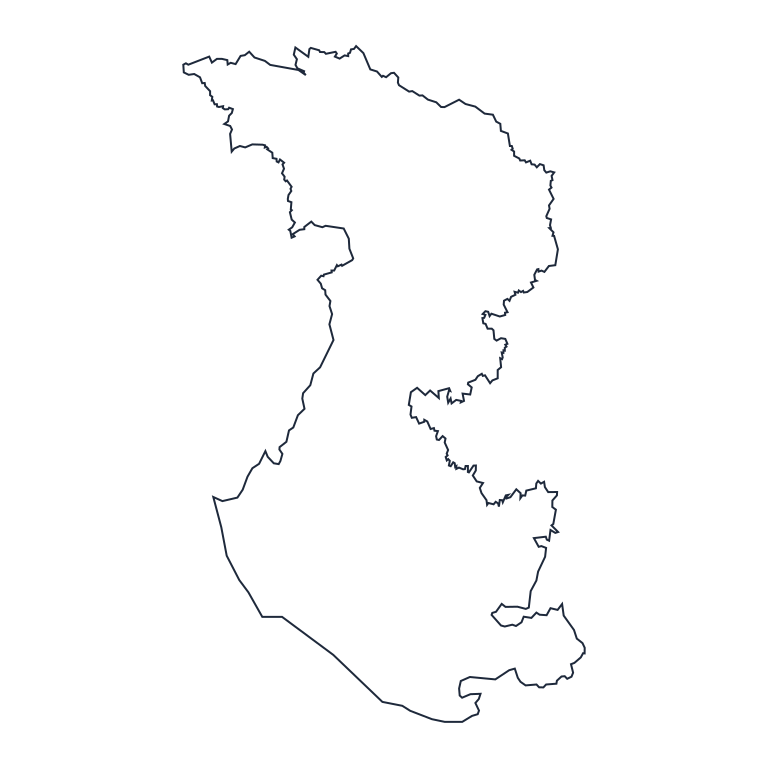 North East Gonja, Northern, Ghana (Robinson projection)
{"feature_id": "2480657B30922977157044", "entity_name": "North East Gonja", "entity_type": "district", "adm_level": 2, "iso_a3": "GHA", "parent_name": "Ghana", "parent_adm1": "Northern", "projection": "robinson", "projection_center": [-0.531, 8.741], "detail": "fine", "context": "isolated", "style": "outline", "palette": "slate", "viewbox_px": 768, "rotation_deg": 0, "n_neighbors": 0, "source": "geoboundaries", "source_scale": "gbopen_adm2", "svg_char_len": 6056}
<svg xmlns="http://www.w3.org/2000/svg" viewBox="0 0 768 768"><path d="M554.2,172.4L550.3,171.3L546.3,172.6L544.3,170.2L543.6,165.3L539.9,164.1L536.8,167.3L534.6,164.6L531.6,164.3L530.2,160.7L526.0,162.4L524.7,160.3L520.2,160.5L519.3,158.5L514.1,155.8L514.1,151.5L511.5,149.8L512.7,148.7L511.8,146.0L509.9,146.0L507.9,133.5L500.9,130.9L500.3,123.8L496.2,121.6L492.9,114.7L484.6,113.6L475.3,106.6L465.5,104.0L459.1,99.7L444.5,107.1L441.1,107.0L436.3,102.3L427.9,99.6L422.5,95.4L419.4,95.6L412.3,91.1L409.1,91.6L399.0,85.2L397.9,82.6L398.3,77.5L394.0,72.8L391.0,73.2L386.1,77.2L383.0,75.8L381.8,76.9L377.0,71.5L370.3,69.4L363.4,53.1L356.1,46.1L354.0,48.9L351.0,49.4L350.0,52.8L348.2,53.5L348.2,56.1L344.6,55.4L339.6,58.6L334.9,56.6L336.8,53.6L335.6,51.8L325.9,53.8L324.3,52.1L320.0,52.0L319.2,50.3L310.8,47.9L309.4,49.1L308.3,56.8L295.4,47.5L293.8,54.7L296.9,59.2L295.5,64.9L297.4,68.3L304.1,71.2L303.6,72.6L305.8,75.1L298.5,70.0L270.2,64.9L264.9,60.9L254.5,57.5L249.2,51.7L244.8,55.2L240.6,55.9L235.6,64.1L230.7,62.8L227.7,64.5L227.3,60.1L222.0,58.9L216.9,58.9L211.9,62.6L209.2,56.6L188.3,64.7L185.9,63.3L183.3,64.7L183.8,72.4L188.7,74.8L194.2,74.0L200.0,77.3L202.2,83.2L204.7,83.0L205.2,86.0L210.1,91.2L210.1,95.2L212.3,96.8L211.8,100.5L213.0,100.3L214.6,104.3L216.9,104.2L217.1,106.5L219.0,107.0L223.1,106.2L222.8,108.1L224.8,109.4L228.2,109.2L229.1,107.7L232.9,109.1L231.8,113.0L229.1,115.7L228.0,121.4L224.3,124.0L230.2,126.0L232.0,129.5L230.1,133.9L231.7,151.6L234.3,148.5L239.9,146.0L245.2,147.4L252.3,144.4L262.5,144.7L265.0,145.3L264.8,147.5L266.6,146.8L268.1,148.4L267.2,149.3L272.3,152.7L272.7,158.1L276.5,158.8L276.7,161.5L278.5,162.4L280.0,159.5L284.1,162.7L282.5,164.4L284.0,168.7L282.0,173.3L284.6,176.7L284.2,179.6L285.7,181.3L287.0,180.5L291.6,186.8L290.5,188.8L291.3,191.0L288.5,195.0L287.8,199.0L288.0,201.0L291.4,202.2L290.8,209.5L291.8,210.2L289.9,212.2L291.7,219.6L294.9,222.5L292.2,227.3L288.8,229.7L290.3,230.9L291.6,237.7L294.6,236.4L292.7,234.2L299.6,229.8L304.3,229.2L304.3,227.0L311.3,221.6L314.7,225.1L322.4,227.2L325.6,225.8L343.7,228.5L348.8,238.7L349.4,248.7L353.2,258.4L352.2,260.1L342.1,265.8L341.5,264.6L337.8,266.3L336.9,265.1L334.2,270.5L331.5,270.5L331.7,272.4L323.9,274.6L323.5,276.2L321.2,275.7L317.5,279.8L320.8,283.7L322.1,288.3L325.2,290.2L325.5,294.6L330.4,301.0L329.5,306.1L332.1,314.1L329.4,324.3L333.5,340.0L320.1,367.3L313.4,373.5L310.3,385.2L303.1,393.2L302.3,398.6L304.5,408.8L297.9,415.2L293.3,427.5L289.0,430.4L286.4,441.8L279.6,447.1L279.4,449.5L282.4,453.9L280.4,461.0L278.7,464.1L273.8,463.3L267.7,456.8L265.4,451.1L259.1,463.8L252.4,468.2L247.5,476.7L242.7,489.7L237.4,497.6L222.4,501.1L213.3,497.0L221.3,527.3L226.7,555.7L239.3,580.1L248.4,592.3L262.3,616.9L282.1,616.9L333.3,654.9L382.4,701.9L402.3,705.8L410.2,710.8L432.0,719.2L444.9,721.9L462.2,721.9L472.0,715.9L477.7,714.2L479.0,710.6L475.4,703.0L478.8,699.0L480.5,693.8L470.4,694.2L462.1,697.7L459.7,695.5L459.1,688.5L460.8,681.0L469.9,677.0L495.3,679.4L509.2,670.2L514.8,668.6L517.8,677.8L520.5,681.8L525.6,685.4L536.5,684.5L539.1,687.3L543.4,687.4L546.1,684.5L556.4,683.7L556.9,680.7L561.5,676.5L564.7,676.2L567.2,678.8L571.5,676.7L573.1,672.7L571.0,664.2L574.4,662.9L580.8,657.4L583.1,653.2L584.6,653.4L584.7,647.8L582.5,643.1L576.8,638.6L574.0,630.0L563.7,615.6L562.1,604.0L557.6,609.9L550.5,608.2L546.6,615.2L539.6,614.7L536.4,612.6L531.4,617.9L523.7,616.7L521.5,622.3L516.0,626.0L512.3,624.7L504.8,626.5L501.0,625.5L491.6,614.9L492.3,612.9L496.0,611.8L501.7,603.9L505.5,606.9L517.4,606.7L525.8,608.9L528.8,607.6L530.7,591.1L536.4,580.5L538.1,571.6L545.1,556.8L546.1,547.9L541.4,546.1L538.7,546.8L533.9,538.1L545.8,536.7L546.8,539.6L549.1,540.7L550.5,530.0L555.3,532.9L558.1,532.0L551.5,525.4L553.3,524.0L555.9,509.7L552.3,507.0L552.4,500.5L556.9,495.4L557.1,492.0L548.2,492.1L544.9,487.1L544.1,481.8L540.9,483.6L538.1,480.9L536.3,483.5L535.9,488.3L526.3,490.6L525.2,495.6L522.4,495.4L520.4,498.2L520.6,493.2L516.3,489.3L510.4,497.2L506.4,498.5L505.9,497.1L508.2,494.9L505.8,495.4L502.8,502.3L502.2,500.2L499.8,500.0L498.9,506.6L498.1,503.4L495.7,501.8L493.6,504.3L488.4,503.0L487.1,504.8L486.5,500.2L481.5,493.1L479.8,487.9L483.0,483.0L476.7,481.4L472.8,475.5L475.8,470.5L475.9,465.5L473.5,465.6L468.9,472.4L467.9,472.0L467.9,466.0L465.6,466.0L464.9,469.1L463.1,469.3L459.0,467.6L456.3,468.9L456.4,466.1L455.2,467.0L454.7,463.2L453.2,462.3L450.7,466.2L448.9,465.5L449.8,460.8L448.2,459.1L446.8,460.4L445.7,457.0L447.6,455.4L446.7,453.6L448.1,450.0L444.7,442.5L445.5,438.5L442.6,436.1L439.0,440.0L436.8,439.5L436.1,436.2L437.9,431.1L434.5,430.7L433.9,428.1L430.6,429.0L427.3,421.5L424.3,419.8L424.2,421.8L419.1,423.6L416.1,417.1L411.8,417.8L410.5,414.6L411.5,406.5L408.8,404.9L410.9,392.2L417.1,387.8L425.3,395.1L430.1,390.5L438.8,398.0L438.4,391.1L449.1,388.2L450.2,390.9L449.0,390.4L447.2,396.7L448.2,402.7L450.6,398.5L451.6,403.4L456.2,399.9L461.1,400.9L460.8,402.4L464.0,400.9L462.6,393.6L470.2,394.5L471.7,387.4L467.9,384.3L468.2,382.6L475.4,379.8L477.8,376.2L481.8,373.8L482.8,375.9L485.0,375.3L490.1,383.2L492.4,380.4L497.7,378.3L497.7,370.0L501.1,367.2L500.2,358.2L502.1,359.1L502.7,357.4L501.7,352.5L503.4,352.9L503.5,350.3L504.8,350.6L504.8,347.7L506.5,346.6L505.3,344.7L507.4,343.8L505.3,338.9L501.0,338.2L496.6,340.6L494.3,338.9L493.5,330.3L491.8,328.7L487.6,328.7L485.6,323.9L483.3,323.3L482.4,318.1L484.2,317.8L485.4,314.9L482.7,314.0L485.4,311.2L488.2,311.8L489.6,316.1L491.4,313.7L499.8,316.5L505.2,315.0L505.0,312.7L507.5,312.2L503.7,304.6L504.0,300.7L507.4,298.9L509.5,300.8L511.1,296.8L515.4,294.8L514.6,291.8L518.0,292.7L518.8,290.5L521.0,292.1L523.1,290.9L523.8,292.5L527.3,292.0L533.4,287.5L531.0,282.5L536.6,280.8L535.0,279.9L534.3,274.8L537.1,269.4L538.4,269.1L538.6,271.6L541.5,270.6L544.4,271.9L548.9,266.0L555.3,265.2L557.9,249.3L554.1,235.9L552.5,235.8L553.5,232.3L549.3,228.1L550.8,227.9L550.0,225.2L551.1,219.4L546.8,218.0L546.3,216.2L549.6,208.8L549.0,205.4L553.6,198.9L549.0,189.6L551.5,187.6L550.4,185.5L550.8,180.9L552.5,180.1L551.6,175.9L554.2,172.4Z" fill="none" stroke="#1e293b" stroke-width="2"/></svg>